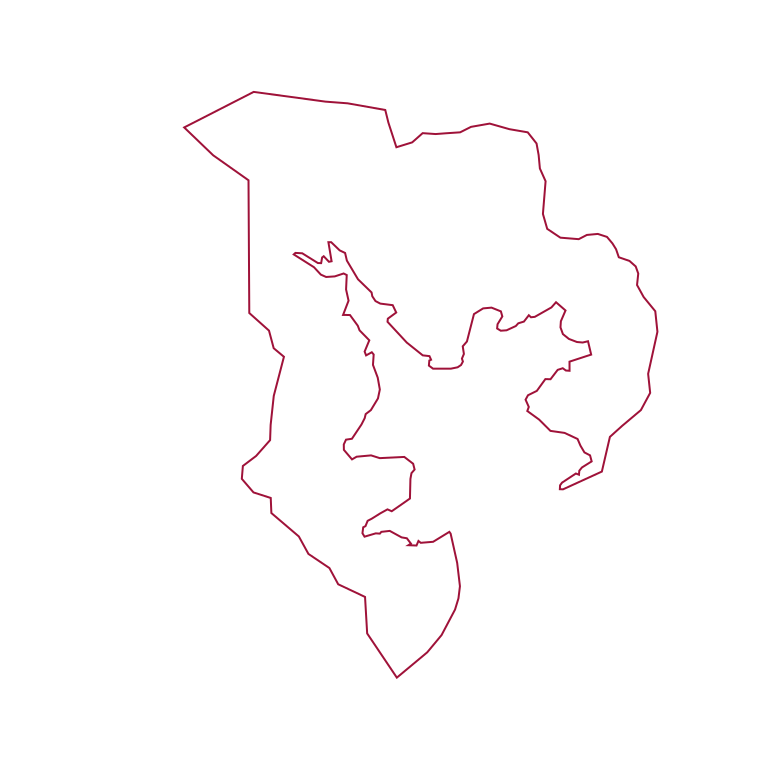 the district of Wouri, Littoral, Cameroon, rotated 285°
{"feature_id": "32672807B59545531100821", "entity_name": "Wouri", "entity_type": "district", "adm_level": 2, "iso_a3": "CMR", "parent_name": "Cameroon", "parent_adm1": "Littoral", "projection": "orthographic", "projection_center": [9.63, 4.004], "detail": "fine", "context": "isolated", "style": "outline", "palette": "rose", "viewbox_px": 768, "rotation_deg": 285, "n_neighbors": 0, "source": "geoboundaries", "source_scale": "gbopen_adm2", "svg_char_len": 2962}
<svg xmlns="http://www.w3.org/2000/svg" viewBox="0 0 768 768"><g transform="rotate(285 384 384)"><path d="M281.4,279.1L268.3,268.9L255.6,271.2L245.5,286.0L244.6,304.1L230.2,308.6L214.7,341.2L200.3,355.0L192.1,378.9L178.7,391.6L173.4,420.8L138.7,432.3L103.7,472.4L136.0,495.2L156.4,504.6L164.3,506.4L184.5,511.0L196.2,511.4L208.3,509.7L230.1,501.0L256.7,487.1L258.1,485.4L244.3,472.3L240.1,460.6L241.3,457.9L236.4,457.2L234.6,449.3L236.8,451.3L240.9,446.0L240.4,440.7L243.6,427.6L240.5,419.7L238.4,418.7L237.6,414.7L231.5,404.7L234.3,401.8L240.2,401.0L241.9,402.9L247.6,403.6L250.7,407.0L258.1,413.9L263.8,419.8L263.1,424.4L280.1,438.7L299.1,434.1L305.0,433.6L309.3,435.7L314.5,432.8L318.8,422.5L311.3,399.1L311.7,390.0L306.7,376.4L306.3,376.0L302.9,372.6L310.0,362.3L315.2,360.8L320.4,361.7L322.8,367.2L339.0,372.7L346.0,374.2L350.2,374.1L355.4,378.1L368.5,381.9L377.6,381.4L388.5,376.3L399.6,368.4L409.8,366.4L411.5,364.0L407.0,359.3L410.3,356.9L422.4,358.5L429.5,346.5L433.5,343.6L441.8,333.3L441.0,330.0L440.1,326.6L455.3,328.2L465.5,322.9L479.6,319.8L480.3,316.4L475.2,308.6L472.4,300.4L473.3,294.7L478.7,286.1L485.8,263.3L487.7,264.5L489.1,271.2L483.7,288.9L484.5,292.0L490.2,291.5L491.8,292.7L487.8,299.2L489.0,301.6L506.6,293.6L507.3,296.3L501.6,306.6L500.5,312.5L493.6,316.2L478.4,331.8L469.2,348.3L465.7,350.0L461.9,354.3L460.7,359.6L462.4,372.0L456.2,377.3L448.1,370.8L445.0,371.3L429.9,395.3L421.7,414.0L422.7,420.7L419.6,423.2L418.4,421.7L413.4,422.6L411.5,427.4L416.1,444.6L419.2,450.8L422.3,453.5L426.1,454.4L428.7,452.7L433.7,453.4L440.8,450.3L446.5,453.1L474.8,452.8L477.9,455.7L482.7,460.2L485.6,468.1L484.4,478.1L479.9,480.8L471.1,478.2L466.9,478.9L465.7,483.0L467.6,488.5L474.1,496.3L477.4,498.0L480.5,503.0L487.9,506.1L486.5,508.7L487.9,512.3L501.3,525.9L507.5,529.0L502.0,540.3L490.4,538.6L484.4,539.8L478.5,543.9L475.4,550.9L474.5,559.5L475.5,565.2L478.1,570.0L466.0,576.5L463.9,573.2L453.6,557.4L444.8,559.8L444.1,556.2L445.5,552.6L442.6,548.1L431.7,543.6L430.5,538.6L416.9,533.4L410.4,526.0L405.5,524.8L399.3,529.8L395.0,529.4L389.8,543.0L381.8,556.9L381.9,557.8L383.5,571.1L381.0,585.2L375.3,589.7L369.8,595.3L368.4,601.5L363.0,604.6L354.6,596.8L350.8,595.1L346.8,595.8L347.2,592.5L334.8,581.5L331.7,580.3L327.9,581.1L328.6,584.2L355.8,617.1L391.4,615.9L405.1,624.8L425.3,638.9L444.3,643.4L462.2,636.5L505.2,634.6L524.5,627.2L535.2,612.3L545.1,602.8L556.5,601.0L562.7,596.7L566.4,589.3L567.2,578.0L574.2,573.3L578.9,568.3L583.8,561.3L584.3,551.7L580.5,541.4L574.3,534.6L571.0,516.5L576.1,501.5L589.4,493.5L621.7,487.6L632.5,478.8L645.2,474.1L655.8,469.1L664.3,457.7L662.6,439.2L662.9,418.7L654.9,401.5L646.8,392.4L642.3,379.2L638.8,369.2L636.3,356.4L624.7,348.7L615.9,334.7L629.3,326.0L637.6,320.6L649.0,314.3L645.7,276.2L641.6,254.4L632.4,182.5L580.1,124.6L560.7,159.8L545.7,200.4L417.7,235.5L405.8,259.1L390.0,268.2L384.4,280.3L344.0,280.6L315.1,285.1L300.3,288.5L281.4,279.1Z" fill="none" stroke="#9f1239" stroke-width="2"/></g></svg>